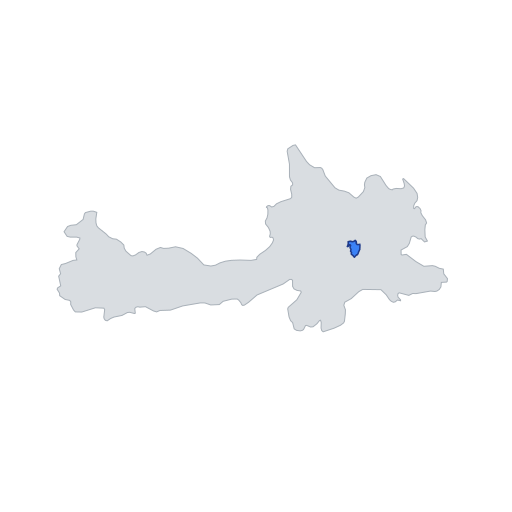 Park Ou, Louangphrabang, Laos (highlighted), rotated 123°
{"feature_id": "54806243B64130062108645", "entity_name": "Park Ou", "entity_type": "district", "adm_level": 2, "iso_a3": "LAO", "parent_name": "Laos", "parent_adm1": "Louangphrabang", "projection": "mercator", "projection_center": [102.32, 20.145], "detail": "fine", "context": "in_parent", "style": "filled", "palette": "blue", "viewbox_px": 512, "rotation_deg": 123, "n_neighbors": 0, "source": "geoboundaries", "source_scale": "gbopen_adm2", "svg_char_len": 6244}
<svg xmlns="http://www.w3.org/2000/svg" viewBox="0 0 512 512"><g transform="rotate(123 256 256)"><path d="M188.3,86.6L190.4,90.6L200.4,101.3L202.1,104.2L205.8,106.4L208.9,115.9L210.2,116.4L211.8,115.8L213.1,114.5L214.1,110.8L214.8,110.4L215.9,113.4L218.7,114.3L220.0,115.6L220.3,117.9L219.9,120.3L217.6,125.7L216.2,132.9L225.9,148.3L230.0,150.4L239.8,152.9L246.4,156.4L249.5,155.5L252.4,151.7L255.9,149.6L262.5,146.3L264.4,146.1L268.0,147.4L274.0,151.2L283.0,158.4L282.7,160.3L281.0,162.2L276.2,165.1L274.7,166.9L275.6,167.6L279.6,168.0L284.3,169.6L285.8,171.5L286.6,175.8L287.4,176.6L291.8,176.1L293.2,176.7L294.7,178.1L296.3,181.6L296.3,184.3L291.9,189.0L291.4,191.7L289.1,195.1L283.1,200.6L281.5,201.0L270.5,197.9L261.7,198.3L261.0,199.5L262.5,202.9L262.9,206.2L261.5,208.8L256.5,212.1L256.3,213.5L257.3,215.0L264.7,218.0L288.1,233.9L298.8,237.0L303.5,239.0L304.7,240.2L304.6,241.5L303.4,243.3L302.4,246.4L302.3,248.3L303.5,250.1L305.3,252.8L311.9,258.9L316.7,260.3L321.7,267.3L323.2,273.3L325.7,277.2L337.8,290.3L348.0,298.3L354.0,306.9L357.0,308.9L357.9,312.0L358.7,321.1L362.2,325.6L362.9,327.5L364.4,328.8L366.1,329.1L369.7,326.1L370.4,326.5L372.0,331.3L373.5,333.1L378.8,336.0L384.5,341.8L387.6,343.9L391.4,345.5L392.0,347.3L391.3,349.2L390.1,350.4L383.4,353.7L382.6,355.2L386.9,362.5L397.9,371.6L401.3,377.1L400.6,379.7L397.6,385.0L395.3,386.4L394.7,388.1L396.4,392.4L396.2,399.0L394.1,400.6L392.2,404.7L390.8,405.0L387.4,403.5L380.4,410.5L377.3,410.2L373.8,414.1L369.2,414.6L366.1,411.7L359.3,407.0L356.9,404.1L354.8,406.6L351.3,409.0L346.3,408.2L345.0,411.7L344.0,412.3L337.9,412.9L336.8,413.5L337.8,416.6L341.3,422.0L342.4,425.1L340.2,430.2L333.9,430.1L331.1,428.0L327.6,423.7L319.5,420.9L314.2,422.8L312.5,422.7L308.5,419.1L307.0,416.8L306.1,413.3L312.2,410.5L315.3,408.3L317.4,406.0L318.2,403.6L319.2,393.5L320.1,390.0L319.6,385.6L317.9,382.2L317.9,377.0L318.8,372.8L321.2,370.8L322.8,367.7L323.8,361.0L323.0,359.3L320.7,357.6L316.8,356.1L314.4,354.1L313.4,351.7L313.5,349.6L314.7,347.8L311.8,345.7L304.8,343.5L300.9,340.8L300.0,337.7L297.1,333.6L292.1,328.5L289.4,321.2L289.1,311.7L289.7,303.9L291.9,294.9L289.0,288.4L285.8,285.0L281.3,282.4L277.0,278.8L272.9,274.1L268.0,267.1L262.4,257.8L258.5,253.6L256.6,254.6L252.5,253.8L246.2,251.1L240.7,249.6L236.1,249.4L233.0,250.0L231.6,251.4L231.5,252.8L232.7,254.2L232.1,255.3L229.6,256.1L227.6,257.6L225.4,261.0L223.9,265.4L221.6,267.2L218.0,267.5L214.5,268.8L211.0,271.0L209.4,272.6L209.6,273.7L208.8,274.0L207.1,273.3L206.3,271.9L206.4,269.6L204.7,268.0L201.0,267.2L196.9,264.7L189.1,258.3L187.3,258.0L184.7,259.7L181.3,263.3L178.5,264.7L176.4,264.0L174.7,265.2L173.5,268.5L171.3,271.1L160.7,278.0L151.2,286.9L148.8,287.7L143.1,285.2L141.3,283.4L149.2,265.2L150.3,260.8L150.1,255.0L146.7,250.1L146.6,248.7L147.1,247.1L151.2,241.5L155.8,226.9L155.6,222.3L153.5,217.3L152.4,212.5L153.3,206.1L153.0,203.5L150.8,202.3L143.5,201.0L139.3,202.0L137.3,203.8L134.9,204.9L130.3,205.5L126.0,203.3L122.4,199.6L121.6,195.0L126.1,185.2L127.2,181.4L127.0,179.6L126.3,177.7L125.2,177.5L122.9,175.1L120.6,171.0L118.5,169.2L116.5,169.5L114.6,171.1L111.6,174.9L110.7,174.4L113.3,160.8L115.8,155.0L118.8,152.3L121.9,151.1L125.2,151.6L128.0,151.1L130.2,149.7L130.0,148.8L127.4,148.6L126.4,147.1L126.9,144.2L128.1,142.3L129.9,141.4L131.6,138.5L133.3,133.5L135.4,130.9L137.8,130.9L142.0,128.7L147.9,124.5L150.1,120.4L152.4,122.3L151.5,127.0L152.7,128.0L153.3,129.7L153.0,132.3L153.4,134.6L154.3,135.7L155.6,136.2L161.9,134.3L165.7,134.2L172.0,137.6L175.7,135.1L175.7,134.1L172.7,130.8L173.6,118.8L173.2,109.6L168.0,102.8L167.0,100.1L166.5,95.6L165.0,91.8L168.7,88.8L170.7,83.1L173.3,81.8L174.1,82.0L177.2,86.2L181.2,84.1L184.3,84.1L186.9,85.2L188.3,86.6Z" fill="#d9dde1" stroke="#a8b0b8" stroke-width="1"/><path d="M192.6,185.3L192.8,185.4L192.9,185.6L193.0,185.8L193.4,186.1L193.6,186.3L193.9,186.5L194.1,186.4L194.3,186.2L194.5,186.0L194.7,185.8L194.8,185.6L195.0,185.5L195.3,185.4L195.6,185.4L195.8,185.2L196.0,185.2L196.3,185.1L196.5,185.0L196.6,184.9L196.8,184.8L197.0,184.8L197.2,184.7L197.4,184.7L197.5,184.7L197.9,184.7L198.1,184.7L198.3,184.6L198.3,184.4L198.2,184.3L198.1,184.2L197.9,184.0L197.7,184.0L197.6,183.9L197.3,183.8L197.0,183.8L196.7,183.8L196.2,183.7L195.9,183.7L195.6,183.7L195.4,183.5L195.4,183.3L195.3,182.9L195.6,182.4L195.9,182.3L196.2,182.2L196.4,182.2L196.7,182.2L197.1,182.0L197.3,181.9L197.5,181.8L197.7,181.7L197.8,181.5L198.0,181.3L198.2,181.0L198.3,180.7L198.5,180.3L198.6,180.1L198.8,179.9L199.0,179.8L199.4,179.7L199.8,179.5L200.0,179.5L200.3,179.4L200.6,179.2L200.7,178.9L200.7,178.6L200.8,178.4L201.0,177.9L201.1,177.7L201.4,177.6L201.5,177.6L201.9,177.5L202.1,177.4L202.3,177.3L202.5,177.1L202.6,176.9L202.6,176.7L202.7,176.4L202.6,175.8L202.7,175.6L202.7,175.4L202.7,175.2L202.8,175.0L202.8,174.8L202.8,174.6L203.0,174.4L203.1,174.1L203.2,173.7L203.3,173.5L203.3,173.4L203.4,173.2L203.4,172.8L203.1,172.7L202.9,172.7L202.5,172.7L202.4,172.7L202.1,172.7L201.9,172.6L201.7,172.6L201.4,172.5L201.1,172.4L200.8,172.4L200.7,172.3L200.4,172.3L200.3,172.2L200.2,172.2L200.1,171.9L199.8,171.7L199.5,171.7L199.3,171.7L198.9,171.7L198.5,171.7L198.4,171.7L198.2,171.8L197.8,171.9L197.3,172.0L197.1,172.1L196.6,172.2L196.4,172.2L196.2,172.3L195.9,172.3L195.5,172.3L195.3,172.3L194.9,172.5L194.7,172.5L194.2,172.5L193.8,172.6L193.7,172.7L193.6,172.8L193.4,173.0L193.1,173.1L192.8,173.2L192.6,173.3L192.3,173.5L192.2,173.6L191.9,173.8L191.6,174.0L191.3,174.1L191.1,174.2L191.0,174.3L190.8,174.4L190.6,174.5L189.7,175.3L189.8,175.4L189.8,175.5L190.6,176.3L190.9,176.7L191.0,176.8L191.0,177.0L191.2,177.3L191.3,177.5L191.1,177.9L191.1,178.1L191.1,178.3L191.0,178.6L190.8,178.8L190.7,178.9L190.6,179.0L190.3,179.1L190.1,179.1L189.9,179.2L189.8,179.3L189.7,179.4L189.7,179.7L189.7,179.8L189.3,179.9L189.3,180.0L189.2,180.2L189.2,180.4L189.0,180.6L188.9,180.7L188.9,180.8L188.9,181.1L188.9,181.3L189.0,181.3L189.3,181.5L189.5,181.5L189.8,181.5L190.1,181.7L190.2,181.8L190.3,181.9L190.4,182.0L190.5,182.0L190.8,182.2L190.8,182.3L191.0,182.5L191.4,182.8L191.5,182.9L191.6,183.1L191.7,183.3L191.8,183.4L191.8,183.6L191.8,183.9L191.8,184.0L191.9,184.3L192.0,184.5L192.1,184.8L192.2,185.0L192.3,185.0L192.5,185.0L192.6,185.3Z" fill="#3b82f6" stroke="#1e3a8a" stroke-width="1.5"/></g></svg>